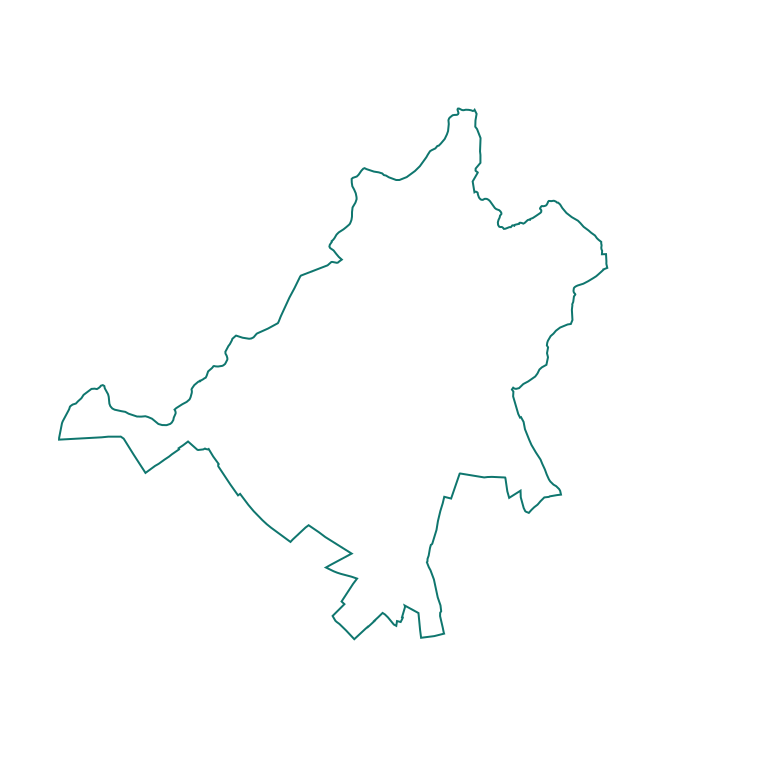 Ludza, Ludzas, Latvia, rotated 43°
{"feature_id": "27541924B46448426617043", "entity_name": "Ludza", "entity_type": "district", "adm_level": 2, "iso_a3": "LVA", "parent_name": "Latvia", "parent_adm1": "Ludzas", "projection": "orthographic", "projection_center": [27.71, 56.543], "detail": "fine", "context": "isolated", "style": "outline", "palette": "teal", "viewbox_px": 768, "rotation_deg": 43, "n_neighbors": 0, "source": "geoboundaries", "source_scale": "gbopen_adm2", "svg_char_len": 6165}
<svg xmlns="http://www.w3.org/2000/svg" viewBox="0 0 768 768"><g transform="rotate(43 384 384)"><path d="M553.2,381.9L556.6,368.9L561.3,373.6L570.7,379.4L574.1,380.7L575.2,380.5L577.8,379.5L577.7,375.5L577.9,371.7L578.6,367.5L578.4,363.1L578.6,357.6L581.6,354.1L581.8,353.2L586.2,347.4L588.9,344.2L585.7,342.0L583.7,341.4L579.6,341.3L576.6,342.0L572.1,341.9L569.7,341.3L564.7,339.2L560.0,336.8L554.1,334.4L550.0,332.5L541.8,330.5L533.4,328.0L528.3,325.8L517.9,320.9L511.9,316.5L506.8,314.8L506.4,315.8L502.7,314.4L486.9,305.0L483.8,301.3L481.3,300.8L481.0,298.6L482.5,298.4L483.9,297.5L485.6,294.9L485.9,289.0L487.7,283.8L489.5,275.4L489.1,271.7L487.8,267.4L488.1,264.1L489.7,259.2L485.7,252.6L482.2,250.3L479.0,245.3L476.8,244.7L475.2,242.4L474.4,240.6L473.2,235.3L473.6,231.6L473.4,227.8L474.3,222.6L477.7,215.2L479.7,212.7L478.2,208.7L470.8,201.6L468.2,198.1L467.3,197.3L466.4,194.9L463.2,190.4L462.9,188.1L462.4,187.8L460.5,187.6L459.1,186.7L457.5,184.4L457.4,183.2L457.7,181.8L458.4,180.0L461.4,174.7L463.2,169.6L464.9,163.6L465.7,160.5L466.0,157.7L466.6,150.8L466.3,150.6L468.1,146.8L464.7,144.5L463.0,142.6L457.8,137.6L454.9,140.5L452.7,137.8L451.3,137.2L450.1,136.3L448.4,134.0L447.4,133.4L445.9,131.9L442.7,132.2L440.4,132.2L437.0,131.5L432.4,132.1L428.9,132.2L422.8,132.9L417.9,132.4L414.5,132.3L407.5,133.9L400.8,134.5L394.4,133.7L390.4,132.6L387.7,132.6L386.9,133.3L385.6,133.3L383.7,133.9L383.0,134.4L381.6,136.2L379.8,137.6L379.7,137.8L379.7,138.7L380.5,140.8L380.8,142.6L380.4,143.7L379.7,144.8L379.3,145.3L378.1,146.2L377.9,147.1L378.3,149.1L379.0,149.5L379.6,149.4L380.6,149.7L381.6,150.9L381.7,152.2L380.5,157.6L379.6,161.2L378.4,163.6L378.8,164.3L377.8,165.2L377.3,166.1L377.0,170.4L376.5,171.7L374.9,172.3L373.6,173.2L373.2,173.8L373.6,174.7L371.6,177.6L371.1,178.5L371.4,179.4L370.3,179.8L369.7,180.5L369.8,182.8L368.7,183.8L366.9,187.6L365.9,188.8L364.3,188.6L363.1,188.8L361.9,190.0L360.8,190.4L358.9,189.8L357.0,188.1L355.8,185.8L355.1,183.5L354.0,181.6L354.0,180.3L353.9,179.6L353.2,178.9L351.8,178.4L349.8,178.3L346.9,179.5L345.1,179.7L336.8,178.0L334.8,178.0L333.0,178.5L332.2,179.1L331.3,180.0L330.7,181.9L329.9,182.6L328.8,183.1L327.0,183.0L326.0,182.7L323.5,181.4L322.1,180.3L321.5,180.2L320.1,180.6L319.7,181.0L319.4,182.1L310.7,175.4L308.4,165.4L308.1,165.3L305.8,165.6L305.4,165.5L304.1,163.9L303.7,156.5L298.3,150.7L295.6,148.4L286.9,138.3L278.2,134.1L275.3,133.6L271.1,128.8L267.5,123.3L263.3,121.7L263.4,122.7L262.8,123.7L260.9,124.5L258.9,125.8L256.8,127.6L255.6,129.3L255.0,129.9L254.0,130.5L251.2,131.3L250.3,132.0L250.3,132.5L250.5,133.0L250.9,133.4L253.5,134.9L253.8,135.2L254.1,136.1L254.0,136.9L253.5,137.7L251.9,139.3L250.9,140.7L250.4,144.2L250.5,145.4L251.2,147.1L254.1,149.7L258.4,155.4L259.8,158.6L261.3,163.4L261.6,169.5L261.5,172.4L260.7,173.5L260.9,176.7L259.4,180.5L258.9,182.4L259.6,186.3L260.3,189.2L261.7,200.3L261.4,207.1L259.5,217.2L256.2,224.2L253.8,226.5L246.6,229.5L243.3,230.2L241.4,231.3L239.1,231.2L235.8,232.8L231.8,235.5L224.6,238.8L222.6,239.4L222.0,240.7L222.0,243.5L222.7,248.2L222.6,250.8L220.6,254.5L220.5,256.1L223.1,258.7L226.0,261.0L229.4,262.1L233.3,263.8L236.5,266.1L237.9,267.5L239.4,270.8L240.6,276.3L243.3,280.0L246.5,283.5L248.3,286.2L249.1,288.1L249.8,290.1L249.8,291.5L249.4,295.2L248.9,298.5L247.5,304.0L247.4,307.1L248.3,311.1L248.5,313.1L248.3,315.3L248.9,315.6L249.4,319.1L250.4,320.8L252.0,321.3L256.0,320.7L260.2,321.4L264.3,321.9L268.3,321.8L267.7,324.8L267.5,326.6L266.9,327.5L262.9,330.0L262.3,330.7L261.8,335.7L249.3,361.4L249.4,362.6L253.2,375.1L255.9,385.3L262.4,405.0L264.4,410.1L264.9,411.9L261.3,422.7L256.7,433.6L256.6,434.6L256.8,438.8L255.9,441.2L254.5,442.9L249.0,446.6L242.8,449.5L242.7,450.0L242.4,453.2L242.3,454.4L243.0,455.9L244.1,460.0L244.3,462.3L246.0,468.6L247.4,469.9L249.6,470.6L251.8,471.9L252.8,473.0L254.1,477.6L253.8,479.9L253.3,481.1L250.7,484.4L248.9,485.9L247.4,486.8L247.1,487.6L247.3,488.6L247.3,490.1L247.0,492.5L246.8,494.8L248.6,498.7L249.3,500.9L248.7,502.6L248.6,503.5L247.9,505.8L247.1,507.2L247.6,507.5L246.6,509.1L246.0,514.2L246.6,518.3L246.9,519.2L248.3,520.2L249.4,521.5L251.6,525.7L252.3,527.9L251.9,531.7L250.3,536.3L249.4,539.8L248.5,543.3L248.3,545.6L249.4,545.9L250.8,546.7L251.7,547.7L252.9,551.1L253.1,551.8L254.5,554.1L255.1,556.9L254.9,558.9L253.1,562.3L249.8,565.3L246.3,567.1L238.0,567.6L233.9,569.1L231.5,570.3L228.8,573.3L225.6,576.2L217.5,579.9L213.8,580.8L210.6,582.9L204.5,586.5L202.0,587.2L199.1,586.9L196.6,585.7L191.4,581.1L189.2,579.7L182.8,577.6L180.8,576.2L179.1,576.6L178.1,578.4L178.3,579.8L178.0,581.8L177.5,583.5L175.5,584.8L173.4,587.1L171.7,596.8L172.4,600.8L172.0,605.3L172.0,608.4L170.3,611.4L169.8,613.8L169.8,614.8L170.9,617.1L171.5,619.2L174.5,630.5L175.3,632.4L183.1,644.9L184.3,646.3L214.0,615.4L218.4,610.4L227.4,602.0L230.9,601.5L248.7,606.3L270.2,611.7L272.4,600.1L273.6,596.2L275.0,589.2L276.3,583.7L276.8,580.2L278.7,571.5L277.6,571.1L278.8,566.1L279.9,559.7L292.3,559.4L293.1,559.0L296.5,555.0L297.1,553.3L298.0,553.1L299.9,551.9L300.1,551.1L308.5,553.5L317.7,555.3L317.7,556.0L318.9,557.2L340.2,562.3L353.2,565.0L353.7,562.5L367.2,564.9L375.5,565.9L387.7,566.5L393.7,566.5L399.4,566.1L423.3,563.3L423.3,560.0L424.5,542.5L425.2,538.7L437.6,536.8L445.3,536.0L476.0,530.1L468.4,552.4L466.7,557.8L474.9,555.3L478.5,553.9L482.1,552.2L491.6,547.1L497.0,544.7L497.7,551.3L501.3,572.0L505.2,572.0L504.6,588.7L509.9,590.3L511.6,590.3L515.0,589.9L524.2,590.1L536.3,590.9L537.4,575.7L537.7,572.6L538.0,572.7L538.7,563.7L538.4,563.8L538.8,558.6L539.1,552.4L541.9,551.9L546.1,552.0L555.2,553.2L557.9,552.5L555.2,548.5L558.5,546.7L557.4,542.8L557.0,542.0L556.3,542.4L551.4,532.6L550.2,531.9L565.4,528.0L578.4,539.5L584.2,544.3L592.7,534.1L598.2,525.6L597.3,525.1L593.1,522.1L583.3,515.5L581.1,513.0L580.8,511.2L576.3,507.4L568.8,503.4L553.8,492.9L545.0,488.5L541.7,487.4L536.9,485.1L536.8,484.2L535.1,482.2L533.7,479.0L529.5,472.6L528.0,469.7L528.3,468.6L528.2,467.8L521.9,454.9L516.9,447.4L511.8,438.4L508.3,431.2L505.0,425.4L511.2,422.0L500.5,398.0L500.6,397.6L521.0,384.0L523.1,381.5L526.3,378.3L536.3,369.8L536.8,369.9L547.4,378.4L553.2,381.9Z" fill="none" stroke="#0f766e" stroke-width="2"/></g></svg>